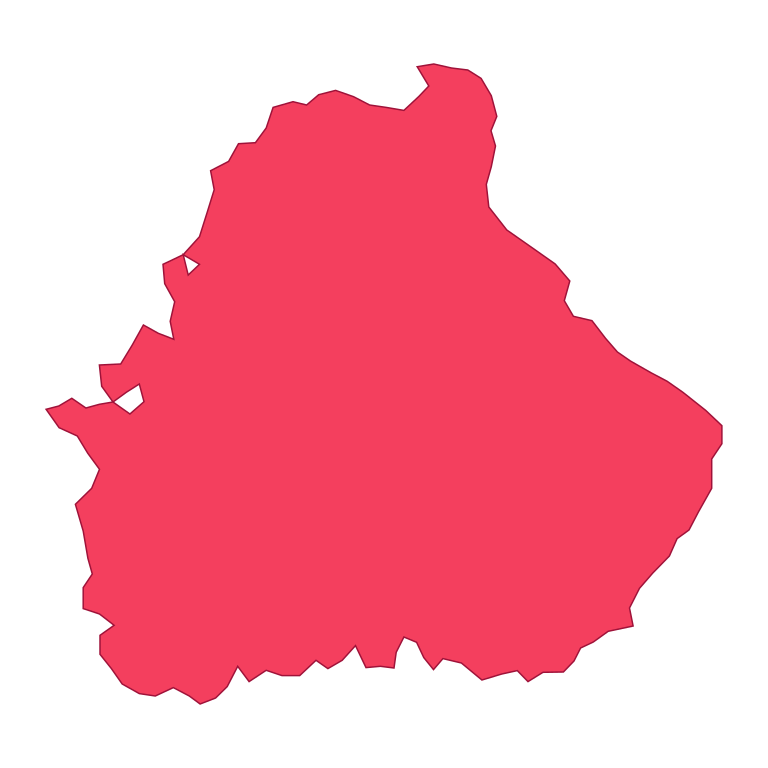 the district of Santa Terezinha do Progresso, Santa Catarina, Brazil
{"feature_id": "56859067B77763661089078", "entity_name": "Santa Terezinha do Progresso", "entity_type": "district", "adm_level": 2, "iso_a3": "BRA", "parent_name": "Brazil", "parent_adm1": "Santa Catarina", "projection": "natural_earth1", "projection_center": [-53.177, -26.585], "detail": "fine", "context": "isolated", "style": "filled", "palette": "rose", "viewbox_px": 768, "rotation_deg": 0, "n_neighbors": 0, "source": "geoboundaries", "source_scale": "gbopen_adm2", "svg_char_len": 1773}
<svg xmlns="http://www.w3.org/2000/svg" viewBox="0 0 768 768"><path d="M633.1,626.0L629.5,608.0L639.5,588.3L652.8,573.0L669.4,556.0L677.1,538.6L689.0,530.0L698.4,512.0L711.7,488.3L711.7,459.0L721.9,443.7L721.9,425.7L705.6,410.3L682.9,392.3L667.2,381.3L650.9,372.7L630.4,361.0L617.4,352.0L605.5,338.3L592.0,320.7L573.4,316.3L564.3,300.7L569.8,281.0L555.2,264.0L537.2,251.3L506.8,230.0L488.8,207.0L486.3,184.4L491.3,166.7L495.5,146.0L491.0,130.7L496.8,116.4L491.3,95.7L481.1,78.4L467.8,70.0L451.5,68.0L433.8,64.0L417.2,66.7L428.8,86.0L418.9,96.4L403.9,110.4L386.2,107.4L369.6,105.0L353.6,96.7L335.6,90.4L318.7,94.7L306.6,105.0L293.0,101.7L273.1,107.4L266.2,128.0L255.4,142.7L238.5,143.7L228.6,161.4L210.6,170.7L214.2,189.7L207.3,212.0L199.5,236.7L183.2,254.7L163.0,264.3L164.7,283.7L174.7,301.7L170.2,321.3L173.8,339.3L158.3,333.3L143.4,325.0L132.1,345.3L120.7,364.0L99.4,365.0L101.7,386.3L113.0,402.0L99.4,404.3L85.9,408.0L71.8,398.3L58.8,406.0L46.1,409.3L59.1,427.7L77.3,436.0L87.8,453.3L99.5,469.3L91.7,488.3L75.4,504.3L83.2,531.0L87.9,558.3L92.3,574.0L83.2,587.6L83.2,608.6L99.5,614.0L114.1,625.3L100.0,635.3L100.0,654.3L111.4,668.6L122.2,684.0L139.3,693.6L155.3,696.0L173.3,687.6L189.3,696.0L200.1,704.0L215.6,698.0L227.2,686.6L237.7,666.3L249.1,681.6L266.2,670.3L282.0,675.6L299.7,675.6L316.0,660.3L327.9,668.6L342.2,660.3L355.5,645.6L366.0,667.6L380.4,666.3L394.0,668.0L396.2,652.3L403.9,637.0L416.6,642.3L423.8,657.6L433.5,669.6L442.9,658.6L461.4,663.0L481.9,680.0L501.8,674.0L517.3,670.6L528.0,681.6L543.0,672.3L563.4,672.0L574.0,661.0L580.6,648.0L593.3,642.0L608.2,631.3L633.1,626.0ZM113.0,402.0L126.3,392.3L139.3,384.0L144.0,401.7L129.9,414.0L113.0,402.0ZM183.2,254.7L199.5,264.3L188.2,275.0L183.2,254.7Z" fill="#f43f5e" stroke="#9f1239" stroke-width="1.5"/></svg>